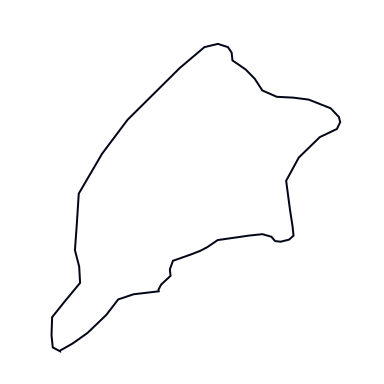 map outline of Češinovo-Obleševo (Albers equal-area conic projection), rotated 84°
{"feature_id": "MKD-2925", "entity_name": "Češinovo-Obleševo", "entity_type": "Statistical Region", "adm_level": 1, "iso_a3": "MKD", "parent_name": "North Macedonia", "parent_adm1": "", "projection": "albers", "projection_center": [22.298, 41.869], "detail": "fine", "context": "isolated", "style": "outline", "palette": "ink", "viewbox_px": 384, "rotation_deg": 84, "n_neighbors": 0, "source": "natural_earth", "source_scale": "10m", "svg_char_len": 848}
<svg xmlns="http://www.w3.org/2000/svg" viewBox="0 0 384 384"><g transform="rotate(84 192 192)"><path d="M138.0,37.3L144.6,41.4L144.9,42.6L150.8,59.2L168.9,82.2L190.7,97.2L220.1,96.4L236.0,95.6L246.0,95.6L249.5,100.4L250.7,109.0L249.5,114.5L244.8,117.7L241.3,126.4L241.3,139.8L242.5,171.5L248.4,182.5L251.3,189.7L253.7,198.4L258.4,218.1L266.6,222.1L273.1,222.1L280.8,232.3L285.5,235.5L287.3,235.5L287.6,260.8L291.1,276.6L305.3,290.1L321.2,310.6L330.1,326.4L336.0,339.9L336.6,339.9L332.0,346.7L319.9,346.7L301.9,344.2L288.1,330.6L270.7,312.8L254.4,312.0L237.6,314.5L210.7,309.7L181.8,304.8L144.5,277.4L113.3,248.4L99.2,230.8L67.3,191.1L49.2,164.5L47.4,150.8L51.7,141.1L57.6,138.0L65.4,138.0L75.7,125.9L85.9,117.8L98.4,111.4L106.2,97.7L108.7,81.6L112.3,66.3L123.2,45.4L132.7,38.1L138.0,37.3Z" fill="none" stroke="#020617" stroke-width="2"/></g></svg>